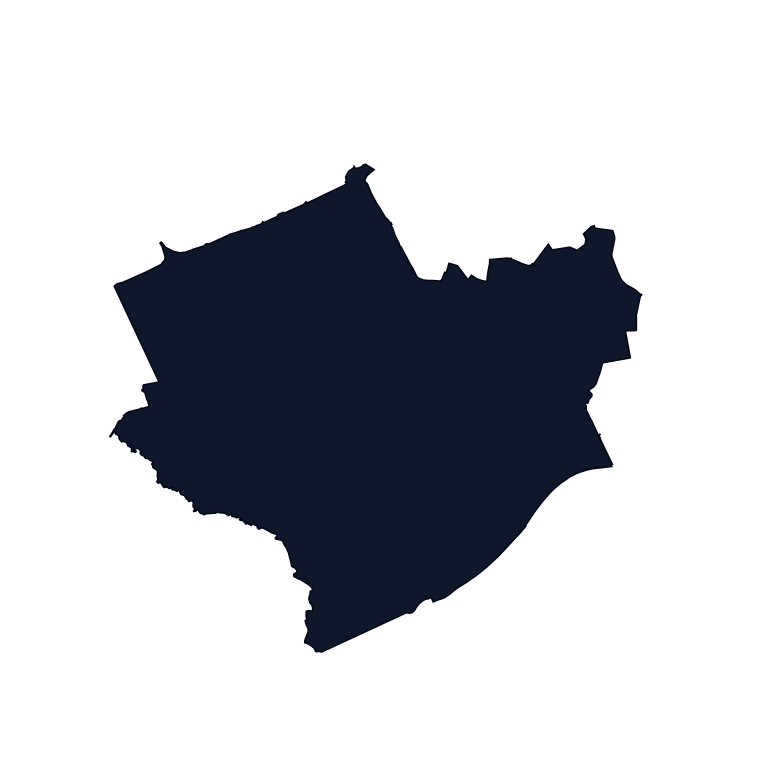 outline of Eindhoven, Noord-Brabant, Netherlands, rotated 156°
{"feature_id": "6326949B83457760015598", "entity_name": "Eindhoven", "entity_type": "district", "adm_level": 2, "iso_a3": "NLD", "parent_name": "Netherlands", "parent_adm1": "Noord-Brabant", "projection": "orthographic", "projection_center": [5.479, 51.449], "detail": "fine", "context": "isolated", "style": "filled", "palette": "ink", "viewbox_px": 768, "rotation_deg": 156, "n_neighbors": 0, "source": "geoboundaries", "source_scale": "gbopen_adm2", "svg_char_len": 6159}
<svg xmlns="http://www.w3.org/2000/svg" viewBox="0 0 768 768"><g transform="rotate(156 384 384)"><path d="M209.4,215.9L209.4,218.2L208.0,217.7L208.8,246.3L208.3,246.6L208.8,248.7L207.1,250.0L207.2,250.3L209.1,249.2L209.2,265.5L209.6,269.8L209.8,278.5L208.4,281.1L208.1,282.0L208.4,283.2L208.3,283.8L207.3,284.1L205.4,283.6L203.1,286.4L199.4,288.1L198.5,289.1L198.2,290.1L198.5,291.3L199.4,293.3L199.5,295.1L193.7,296.0L190.4,297.8L181.5,307.1L175.7,314.4L148.3,307.7L141.8,334.4L132.5,330.4L131.4,330.6L125.5,344.2L115.1,358.6L113.8,360.0L112.9,360.3L112.2,360.9L113.7,362.3L115.9,367.4L116.8,368.8L122.6,376.6L124.5,381.6L124.9,384.2L124.9,390.9L124.1,406.3L123.9,407.9L122.8,410.6L114.8,421.7L114.0,423.2L113.2,425.7L112.6,430.7L113.3,431.5L127.4,440.2L127.8,440.7L127.6,443.2L131.3,443.4L140.8,439.9L140.5,435.8L140.6,434.2L143.4,430.1L143.9,429.7L153.2,427.6L158.7,433.5L175.7,438.1L177.0,445.0L198.8,432.7L199.4,433.7L201.2,432.9L202.7,433.0L204.4,433.7L208.7,437.7L216.4,445.9L216.5,446.7L217.0,447.4L218.0,447.5L220.1,448.9L236.8,454.7L238.9,450.6L242.3,445.8L242.1,445.6L243.0,444.4L243.0,444.7L243.4,444.2L248.5,435.8L251.9,438.3L255.4,441.3L257.0,443.3L260.0,447.9L262.9,446.1L264.8,445.2L268.7,462.1L275.5,467.9L281.9,460.4L283.1,461.4L288.7,455.9L291.0,455.3L296.5,458.3L302.3,461.0L305.8,463.1L309.7,467.1L310.1,468.3L310.4,471.7L310.6,477.7L311.3,483.2L312.7,503.1L313.5,503.6L313.6,504.8L313.2,505.0L313.2,506.0L313.0,506.7L313.4,513.0L313.3,516.9L312.7,521.4L312.9,525.9L312.8,526.5L311.9,526.6L312.0,528.5L312.6,528.6L313.4,531.9L315.1,536.2L315.1,537.1L316.3,546.6L317.0,551.4L317.7,551.9L317.8,552.6L317.2,553.1L317.6,557.8L317.8,557.9L317.7,558.3L318.0,563.8L317.7,572.8L318.0,574.7L318.8,575.3L318.9,576.0L318.8,577.1L318.1,578.4L315.5,580.8L312.4,582.0L305.8,583.8L311.6,592.4L312.5,591.2L313.7,592.7L315.8,591.7L319.1,591.7L322.1,592.5L322.8,593.9L322.8,595.1L324.0,593.8L329.6,592.8L332.2,591.1L334.8,588.8L335.8,585.0L337.3,584.1L336.9,581.9L380.2,580.6L380.9,582.2L385.1,580.5L385.9,580.4L386.1,580.7L405.4,580.7L406.6,581.4L406.4,581.8L411.5,582.1L413.7,580.5L428.0,580.4L428.7,581.6L430.7,580.2L435.9,580.3L436.0,580.6L437.1,580.4L440.4,580.5L440.5,580.9L441.8,580.5L452.2,582.1L452.3,582.4L454.7,582.1L455.0,582.4L460.3,582.9L464.0,583.6L464.2,583.4L466.2,583.3L486.6,583.1L489.1,584.3L490.1,584.3L492.4,583.4L499.6,584.2L500.0,584.4L511.4,585.1L517.2,587.0L522.0,590.4L527.9,597.6L529.7,604.3L531.4,603.8L530.8,599.8L532.3,589.0L533.7,586.7L539.1,583.9L555.6,583.1L581.1,583.1L586.7,584.1L587.8,584.0L590.7,583.1L588.8,478.0L588.9,477.4L603.5,480.9L603.5,480.7L604.3,480.9L605.2,479.9L605.8,477.4L606.4,477.5L607.5,477.2L607.7,476.0L607.3,476.0L606.0,473.0L607.0,466.1L606.6,466.0L607.6,459.1L614.9,460.0L615.6,460.8L616.0,460.5L617.9,460.6L628.4,462.4L631.5,462.1L634.1,461.3L633.9,461.2L633.6,460.8L639.0,457.6L640.9,458.1L642.5,456.7L642.7,457.1L647.2,453.2L649.9,451.8L649.9,451.5L655.8,447.7L655.3,447.0L649.8,450.4L649.6,447.6L647.4,444.8L647.5,444.0L648.3,441.7L647.3,437.8L645.6,437.7L644.3,436.4L643.2,435.7L643.0,433.4L643.1,431.6L640.9,428.8L640.9,428.3L641.2,427.0L642.2,425.2L642.2,424.8L641.7,424.6L640.9,424.9L640.1,424.8L640.1,424.6L640.2,424.1L639.9,423.3L639.2,422.7L638.6,422.7L638.2,422.9L637.7,423.7L638.7,425.5L638.7,426.1L638.0,426.2L636.2,425.7L635.0,425.1L634.6,424.6L633.6,422.0L632.7,421.0L632.7,420.7L633.0,420.3L634.5,420.7L634.9,420.3L635.0,419.1L634.7,418.1L632.6,415.6L632.3,413.4L631.7,412.7L629.7,411.9L629.2,409.9L627.6,408.1L626.4,406.4L626.5,405.9L628.3,405.9L628.8,405.3L628.8,404.4L628.3,403.8L629.1,401.8L628.0,399.8L626.8,398.4L626.5,396.6L627.6,393.8L628.8,391.7L629.2,389.0L631.2,387.2L631.2,386.7L630.6,385.2L629.1,385.1L628.1,384.5L627.4,379.6L626.8,378.7L625.8,378.7L624.4,378.2L623.8,377.6L623.0,376.1L622.3,375.6L619.8,375.9L619.8,375.3L620.6,374.1L620.5,373.5L618.6,372.5L616.9,370.2L615.8,370.5L615.0,370.3L614.7,369.7L614.4,368.3L614.5,365.9L611.7,363.1L611.2,359.3L610.1,357.7L610.3,356.3L609.4,355.9L607.3,355.6L606.6,355.0L606.5,354.3L606.5,352.8L607.7,351.2L608.3,349.4L608.0,348.1L607.4,346.9L609.4,345.6L609.7,345.2L609.6,344.8L607.5,344.4L606.1,345.0L605.5,344.8L604.9,343.9L604.7,341.6L604.5,341.1L603.9,340.0L602.1,339.2L601.9,337.9L598.2,337.4L590.9,334.7L588.1,334.4L585.1,332.4L582.3,330.9L579.6,327.2L578.9,327.0L577.7,327.5L577.0,327.4L576.8,327.0L576.7,324.7L574.9,323.9L572.9,321.5L571.6,322.1L571.1,321.2L569.6,320.4L568.9,319.8L568.7,319.2L568.8,318.6L570.8,319.3L571.2,319.1L571.2,318.7L570.5,317.8L568.7,316.8L567.7,314.3L567.3,312.3L566.8,312.1L565.2,312.7L565.1,311.8L564.8,311.3L562.7,308.7L560.7,309.8L559.8,309.6L559.9,308.7L559.7,307.8L557.9,306.4L557.8,305.8L558.1,304.0L557.5,302.4L556.7,302.2L554.7,302.4L553.2,301.6L551.0,299.0L547.0,293.5L544.1,291.0L543.1,289.8L543.1,289.3L543.3,288.9L545.7,287.8L546.2,286.9L545.8,286.3L541.3,283.0L540.4,281.6L540.6,280.2L540.6,278.4L539.9,273.9L540.0,268.3L541.7,258.2L542.5,255.2L542.0,254.2L540.6,252.8L539.5,249.8L539.7,248.3L540.0,247.8L540.5,247.4L543.3,247.2L544.4,246.0L544.6,245.0L544.4,244.3L543.1,243.2L542.0,241.3L540.5,240.1L539.6,238.8L535.2,232.4L533.2,228.6L532.9,227.7L532.8,225.9L533.1,225.1L533.5,224.8L535.1,224.8L536.0,224.4L537.2,221.8L539.1,219.9L540.2,218.0L540.7,214.2L540.1,211.9L539.9,210.1L540.4,208.2L541.3,206.4L542.0,206.0L542.5,206.0L544.9,207.6L546.6,208.0L547.4,207.9L547.8,207.4L548.4,205.8L549.7,203.6L549.9,201.3L550.1,200.8L552.4,199.7L552.3,199.3L552.8,197.4L553.0,195.5L552.8,191.3L554.3,188.2L556.3,186.4L559.3,183.4L560.3,182.3L561.6,180.3L561.6,179.7L559.7,178.2L557.9,175.8L555.9,172.4L555.2,170.7L555.3,167.9L555.0,167.2L551.6,165.9L550.1,164.5L456.5,165.9L454.1,164.2L451.3,163.7L448.6,164.5L444.1,167.5L440.8,169.1L437.1,170.1L433.4,170.5L432.3,170.5L432.3,170.0L427.8,169.5L427.7,164.8L422.7,164.8L418.9,164.3L415.4,164.2L409.1,165.3L404.6,166.7L400.2,167.7L388.8,169.3L376.7,171.7L364.8,174.9L349.2,180.2L319.0,193.1L312.2,196.5L312.5,197.0L303.3,202.8L296.4,207.1L287.5,211.9L276.6,217.1L271.0,219.1L265.0,220.9L265.2,221.1L252.0,223.5L245.8,223.9L239.9,223.6L232.9,222.8L227.4,221.6L209.4,215.9Z" fill="#0f172a" stroke="#020617" stroke-width="1.5"/></g></svg>